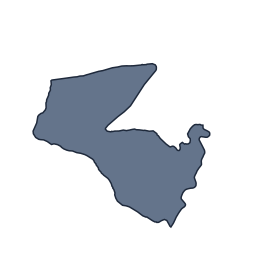 the district of San Cristóbal Acasaguastlán, El Progreso, Guatemala, rotated 303°
{"feature_id": "79465075B13418311867324", "entity_name": "San Cristóbal Acasaguastlán", "entity_type": "district", "adm_level": 2, "iso_a3": "GTM", "parent_name": "Guatemala", "parent_adm1": "El Progreso", "projection": "mercator", "projection_center": [-89.866, 15.005], "detail": "fine", "context": "isolated", "style": "filled", "palette": "slate", "viewbox_px": 256, "rotation_deg": 303, "n_neighbors": 0, "source": "geoboundaries", "source_scale": "gbopen_adm2", "svg_char_len": 3396}
<svg xmlns="http://www.w3.org/2000/svg" viewBox="0 0 256 256"><g transform="rotate(303 128 128)"><path d="M171.2,189.3L170.3,187.7L170.2,186.4L168.8,184.7L168.0,183.1L166.9,182.0L164.6,181.2L161.4,180.7L155.5,181.2L153.6,183.4L152.9,186.0L151.4,187.1L149.4,187.9L147.6,187.3L146.4,185.9L146.3,185.1L145.3,184.2L145.5,181.4L143.2,180.5L142.1,180.5L140.6,181.9L139.8,182.7L138.2,183.3L137.1,183.2L136.4,182.3L136.3,181.3L137.3,178.8L137.5,176.3L136.9,175.1L135.2,173.8L135.0,173.1L135.3,168.7L136.8,160.7L138.0,157.7L138.1,156.1L139.0,155.2L139.3,150.7L136.9,147.6L135.2,143.3L134.5,142.5L132.6,138.5L131.1,135.9L130.7,134.1L129.1,132.3L126.8,130.1L126.1,129.3L125.0,128.2L123.7,125.2L120.5,122.0L118.2,118.6L116.6,117.0L116.4,116.2L115.5,115.8L114.0,112.3L114.7,109.7L115.6,109.3L119.4,109.7L132.0,113.3L139.6,116.0L148.0,118.0L173.4,118.0L191.3,120.0L192.4,119.9L194.0,119.0L195.0,118.2L195.8,116.5L195.2,113.4L191.8,109.1L191.3,109.0L189.0,105.9L189.0,105.3L188.0,104.7L183.1,98.6L181.5,96.3L179.0,92.4L176.7,89.2L175.7,88.2L173.7,86.3L170.0,82.1L162.4,75.6L159.6,72.6L149.7,64.0L147.4,62.2L145.3,59.3L143.2,57.4L141.2,54.8L137.1,50.1L126.7,38.0L125.5,37.7L124.9,38.3L122.5,40.1L119.5,40.8L117.5,42.3L114.0,42.6L112.2,43.6L107.4,44.4L105.5,45.4L104.4,45.5L100.2,48.4L98.0,48.8L94.3,48.3L92.9,47.1L90.1,46.1L88.5,46.1L82.5,48.7L73.7,50.1L71.6,51.8L69.8,55.7L69.9,59.3L70.6,61.0L72.1,63.7L72.7,67.7L72.5,72.8L74.4,74.5L75.7,78.0L76.0,81.8L75.6,82.5L75.5,85.5L76.1,88.8L76.9,91.1L78.5,93.9L79.4,98.4L81.0,102.0L82.2,106.3L82.5,108.8L82.6,115.3L82.2,116.9L81.0,118.6L80.4,120.8L79.8,121.2L78.5,124.7L77.3,125.9L76.8,127.3L76.3,129.4L75.7,130.3L75.5,132.2L75.2,133.2L74.8,138.6L74.0,140.9L72.2,144.3L70.3,146.5L70.0,147.6L69.3,148.0L68.7,149.6L66.5,152.4L64.7,153.3L62.5,156.0L60.9,159.0L60.2,165.5L61.7,168.8L62.6,172.1L62.9,181.7L62.4,188.2L63.0,191.4L63.6,192.3L63.6,199.1L63.9,201.8L64.6,202.8L64.5,203.6L65.6,205.1L68.5,206.5L71.1,208.3L71.6,210.9L69.6,214.7L68.5,216.6L68.3,217.9L70.9,217.9L71.7,217.9L72.6,217.9L73.8,217.8L75.1,217.6L76.8,217.4L78.5,217.1L79.2,217.0L80.8,216.9L82.0,216.9L83.4,216.8L84.7,216.8L86.0,216.8L87.2,216.9L88.0,216.9L88.5,216.9L89.4,217.0L90.7,217.4L91.7,217.8L92.3,218.1L93.2,218.3L94.1,218.3L94.8,218.1L95.3,217.7L95.7,217.1L96.2,215.7L97.4,211.7L97.6,211.2L98.5,210.5L99.5,210.1L100.7,209.8L101.8,209.6L103.4,209.3L104.2,209.3L105.5,209.4L106.8,209.6L107.7,209.9L108.3,210.3L109.1,210.9L110.1,211.8L110.8,212.5L111.5,213.2L112.9,215.0L113.6,215.6L114.5,216.1L115.4,216.3L116.1,216.4L116.8,216.3L117.7,215.8L118.3,215.5L119.1,214.9L119.5,214.5L120.1,213.7L120.9,212.7L121.7,211.6L122.3,210.9L122.9,210.4L124.1,210.1L126.0,209.8L126.8,209.8L128.6,209.5L129.6,209.3L130.4,209.3L132.9,209.3L133.8,209.4L134.9,209.5L136.6,209.6L137.4,209.5L138.0,209.1L140.0,207.6L140.6,207.3L141.3,207.0L141.8,206.9L142.9,206.7L144.3,206.6L146.0,206.3L146.6,206.2L147.4,206.1L148.2,206.1L148.9,205.9L149.7,205.4L150.2,205.0L151.0,204.2L153.4,200.1L156.7,194.3L157.4,193.7L158.6,193.4L159.1,193.4L160.1,193.6L160.7,194.1L161.1,195.0L162.5,198.1L163.0,198.9L163.3,199.3L163.8,199.7L164.6,200.0L165.2,200.2L165.7,200.3L166.4,200.4L167.2,200.0L167.7,199.7L168.3,199.2L168.6,198.8L168.8,198.2L168.8,197.6L168.8,196.5L168.6,194.6L168.4,193.3L168.4,192.7L168.4,192.1L168.5,191.6L168.8,191.1L169.2,190.7L170.6,189.7L171.2,189.3Z" fill="#64748b" stroke="#1e293b" stroke-width="1.5"/></g></svg>